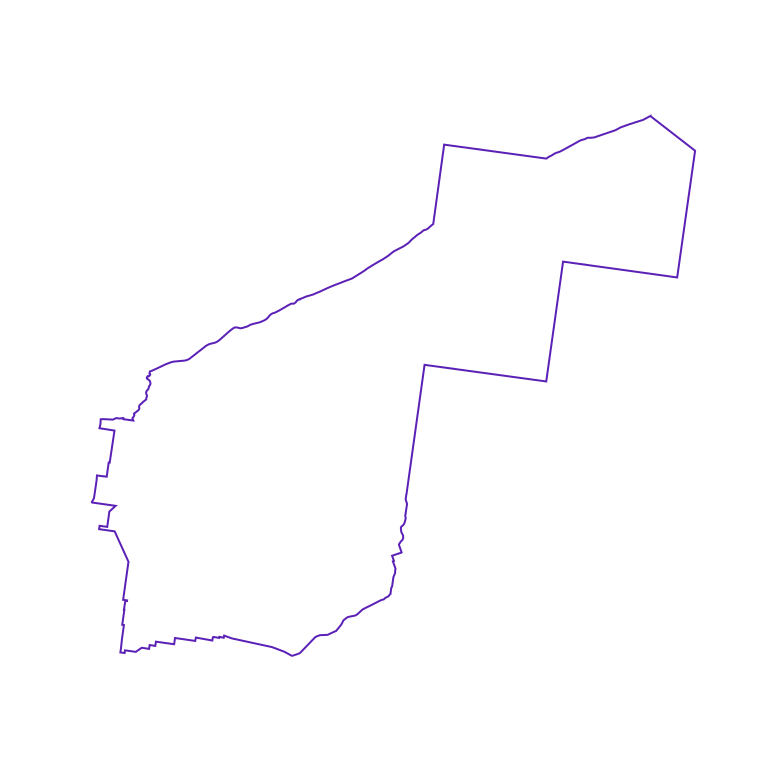 Wandering, Western Australia, Australia, rotated 98°
{"feature_id": "25037944B32288278809201", "entity_name": "Wandering", "entity_type": "district", "adm_level": 2, "iso_a3": "AUS", "parent_name": "Australia", "parent_adm1": "Western Australia", "projection": "albers", "projection_center": [116.618, -32.526], "detail": "fine", "context": "isolated", "style": "outline", "palette": "violet", "viewbox_px": 768, "rotation_deg": 98, "n_neighbors": 0, "source": "geoboundaries", "source_scale": "gbopen_adm2", "svg_char_len": 5975}
<svg xmlns="http://www.w3.org/2000/svg" viewBox="0 0 768 768"><g transform="rotate(98 384 384)"><path d="M81.5,157.5L86.2,163.9L86.5,164.3L86.8,164.9L87.0,165.5L93.0,177.9L96.6,184.7L97.1,185.6L100.3,189.9L101.2,191.6L106.6,202.3L110.5,210.0L110.7,210.5L110.8,210.9L110.9,211.5L111.5,214.0L111.7,216.1L111.9,216.7L112.0,217.0L112.3,217.4L113.5,219.1L114.5,221.4L115.1,222.8L115.5,223.4L117.3,226.0L117.7,226.4L121.4,231.3L127.4,239.3L129.5,242.3L130.1,243.4L131.1,245.6L131.8,246.7L132.3,247.4L134.2,249.6L136.5,252.9L137.1,253.5L137.9,254.2L138.2,254.8L138.6,357.8L141.8,357.7L151.2,357.7L218.7,357.5L220.8,359.5L223.6,361.8L224.4,362.6L225.0,363.5L225.4,364.1L226.0,365.5L226.1,365.8L226.5,366.3L226.8,366.7L228.4,368.0L229.0,368.6L231.5,371.5L231.8,371.9L232.2,372.2L234.7,374.4L236.2,375.8L236.8,376.4L240.4,379.0L241.0,379.5L244.4,383.2L245.2,384.1L246.6,386.1L247.3,387.2L247.9,388.0L250.6,391.8L251.1,392.5L251.4,392.9L254.2,395.6L256.2,397.4L256.9,398.2L260.6,402.4L263.6,406.4L268.6,412.6L271.9,416.5L275.0,419.7L277.8,423.0L283.5,429.8L284.0,430.5L284.4,431.1L287.0,436.0L290.1,441.5L292.6,446.1L293.7,448.0L296.0,451.9L299.9,458.0L300.8,459.3L305.3,466.8L306.1,468.5L308.0,472.8L308.4,473.6L309.2,474.9L310.4,476.9L311.7,479.3L311.8,479.2L312.0,479.2L312.0,479.5L312.6,480.6L312.8,481.1L313.4,481.6L315.3,482.8L316.0,483.3L316.9,484.3L317.0,484.6L317.1,484.8L317.1,485.7L317.1,486.0L317.5,487.2L317.7,487.5L318.1,488.1L319.1,489.4L319.4,489.8L319.4,490.0L320.0,490.5L320.3,491.0L325.8,498.0L328.5,501.9L328.7,502.3L329.3,503.7L329.6,504.2L329.9,504.7L330.3,505.1L330.6,505.5L331.2,506.1L331.9,506.7L334.5,508.2L335.5,509.0L336.3,509.8L336.9,510.5L338.0,511.9L339.7,514.8L340.5,516.3L342.2,520.7L343.5,523.7L344.0,524.7L344.5,525.3L345.2,526.2L345.6,526.7L346.0,527.3L347.7,530.9L348.4,532.4L348.6,533.2L348.7,533.5L348.8,534.2L348.7,535.0L348.5,537.1L348.5,538.0L348.6,538.4L348.6,538.9L348.9,539.7L349.3,540.5L349.6,540.8L351.3,542.6L353.3,544.5L363.3,553.0L364.3,554.0L365.3,555.1L366.1,556.3L366.5,556.9L366.8,557.6L367.1,558.3L368.1,560.9L368.5,562.0L369.0,562.9L369.4,563.4L370.3,564.7L371.2,565.8L373.0,567.5L385.3,579.4L386.0,580.0L387.0,581.3L387.6,582.5L388.0,583.2L388.3,583.9L388.7,585.2L391.0,595.0L391.3,595.8L391.7,596.9L391.9,597.6L392.2,598.1L394.0,601.4L395.3,603.6L402.0,613.8L403.0,615.4L404.2,617.6L406.4,617.7L406.6,617.2L407.1,616.8L407.4,616.8L407.9,617.0L408.2,617.3L408.6,617.6L409.0,617.8L409.3,618.1L409.4,618.5L409.2,618.8L409.1,619.0L409.3,619.2L409.7,619.2L409.9,619.3L410.0,619.4L410.3,619.7L410.5,619.8L410.9,619.7L411.4,619.6L411.6,619.4L411.8,619.3L412.0,619.0L412.7,617.4L412.8,617.2L413.5,616.5L413.6,616.3L413.9,616.1L415.6,615.4L415.9,615.4L416.3,615.3L416.9,615.4L417.2,615.4L418.7,616.2L418.9,616.3L419.2,616.2L419.4,616.2L419.7,616.4L419.9,616.5L420.9,616.6L421.5,616.6L421.8,616.6L422.0,616.7L423.3,617.7L423.8,618.0L424.2,618.1L425.1,618.4L425.5,618.4L426.0,618.3L427.1,617.9L427.4,617.7L427.6,617.5L428.0,617.3L428.3,617.2L428.9,617.1L429.6,617.1L430.8,617.4L431.4,617.4L431.7,617.3L431.9,617.3L432.2,617.3L432.3,617.3L432.9,617.8L433.0,617.9L433.4,618.3L434.1,618.9L435.1,620.0L435.4,620.3L436.0,620.5L436.5,620.9L436.7,621.0L436.8,621.3L437.2,621.6L437.7,622.1L438.8,622.8L439.0,623.0L439.8,623.4L440.1,623.4L440.5,623.4L441.0,623.3L441.8,623.0L442.2,622.9L442.8,622.9L443.1,623.0L443.3,623.1L444.1,623.6L445.1,624.4L445.3,624.7L446.1,625.4L446.6,625.9L447.6,626.9L447.8,627.0L448.0,627.4L448.3,627.4L448.7,627.3L449.5,627.0L449.6,626.9L449.9,626.9L450.5,627.1L450.8,627.2L452.1,627.9L452.7,628.3L452.9,628.3L453.1,628.3L453.5,628.2L454.2,627.6L454.7,627.3L455.1,627.1L455.1,630.9L455.1,637.3L454.0,637.4L454.0,637.6L455.0,640.9L455.0,644.4L457.0,647.5L457.8,656.7L458.3,659.6L459.2,659.6L463.0,659.2L467.4,659.6L467.6,644.4L500.1,644.7L500.1,645.7L514.4,645.7L514.4,649.0L514.5,649.0L514.5,655.5L519.6,655.2L537.5,655.3L541.6,656.9L542.0,656.6L542.0,632.8L548.5,638.2L564.0,638.2L564.0,645.9L567.4,645.9L567.4,630.2L595.6,612.3L634.0,612.3L634.0,608.3L634.7,608.3L634.7,610.0L643.9,610.1L643.8,609.7L658.9,609.7L658.9,608.0L672.7,608.0L682.1,607.7L686.5,607.7L686.5,603.4L683.8,603.4L683.8,592.5L678.9,587.2L679.0,579.8L675.1,579.7L675.2,574.0L670.9,574.0L670.9,555.6L664.6,555.6L664.7,535.2L661.3,535.0L661.9,518.3L658.7,518.2L658.2,517.7L658.4,512.2L658.4,511.9L657.6,511.9L657.3,511.9L657.3,511.0L657.6,507.4L655.4,507.3L656.7,501.1L657.1,499.2L657.2,497.9L660.1,458.4L660.2,457.9L663.0,445.4L665.6,438.5L665.8,437.9L665.9,437.6L665.9,437.2L665.7,436.5L663.2,431.5L662.5,430.4L662.1,429.9L661.9,429.6L645.0,417.4L644.4,416.9L644.1,416.6L643.9,416.5L643.7,416.1L641.7,412.7L641.6,412.2L640.3,405.2L640.2,404.8L639.9,404.4L636.8,399.7L635.4,397.4L635.1,396.9L634.8,396.8L628.2,392.8L623.6,391.2L620.4,388.1L620.0,387.5L619.8,387.2L619.6,386.8L617.4,380.6L617.2,380.2L616.8,379.6L616.4,379.1L616.1,378.7L610.6,374.1L610.1,373.6L609.7,373.1L600.3,359.5L599.3,358.1L598.3,356.6L597.3,354.2L595.7,353.0L594.1,350.7L593.7,350.2L593.2,349.8L592.7,349.5L591.6,348.9L591.2,348.6L590.9,348.3L590.7,348.4L590.1,348.4L584.8,348.4L584.4,348.3L583.9,348.0L583.6,347.9L583.3,347.8L573.9,347.8L573.2,347.6L569.7,346.7L569.3,346.7L568.8,346.8L567.2,347.0L565.5,346.8L563.9,347.6L558.4,350.5L557.9,349.5L552.9,352.1L548.5,343.2L548.4,343.1L541.4,346.7L541.1,346.8L540.8,346.8L540.5,346.8L540.3,346.7L539.2,346.1L538.0,345.6L537.7,345.5L536.8,344.7L536.3,344.4L535.9,344.1L534.8,343.7L534.5,343.6L534.2,343.6L533.9,343.6L531.9,343.9L531.5,344.0L530.0,345.0L528.1,346.3L524.6,347.2L524.0,347.3L523.5,347.2L523.0,347.0L522.5,346.7L521.5,345.7L521.0,345.3L519.1,344.5L518.4,344.3L514.4,343.8L513.8,343.9L513.1,344.0L512.8,344.1L512.1,344.5L511.8,344.6L511.6,344.6L510.4,344.6L502.0,344.5L501.7,344.5L499.7,344.5L499.3,344.6L495.7,346.3L495.3,346.4L495.1,346.5L490.3,346.5L490.0,346.4L359.4,346.5L358.9,223.7L237.9,223.7L237.7,120.3L237.7,108.5L109.7,108.4L81.6,157.5L81.5,157.5Z" fill="none" stroke="#5b21b6" stroke-width="2"/></g></svg>